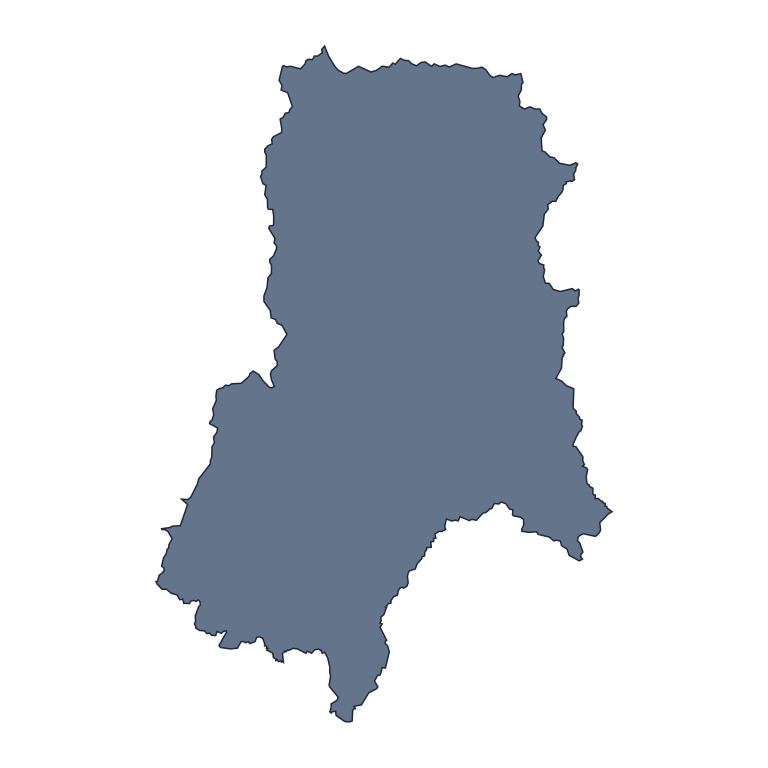 Song, Phrae, Thailand (Robinson projection)
{"feature_id": "78962969B64048827158998", "entity_name": "Song", "entity_type": "district", "adm_level": 2, "iso_a3": "THA", "parent_name": "Thailand", "parent_adm1": "Phrae", "projection": "robinson", "projection_center": [100.212, 18.562], "detail": "fine", "context": "isolated", "style": "filled", "palette": "slate", "viewbox_px": 768, "rotation_deg": 0, "n_neighbors": 0, "source": "geoboundaries", "source_scale": "gbopen_adm2", "svg_char_len": 6073}
<svg xmlns="http://www.w3.org/2000/svg" viewBox="0 0 768 768"><path d="M523.0,82.6L520.8,73.6L515.2,74.9L512.0,73.5L507.4,76.8L499.6,75.3L493.0,77.5L489.9,75.4L485.7,69.5L481.7,67.1L478.5,68.2L472.3,68.4L456.2,63.9L449.2,67.0L445.2,65.1L440.0,66.5L434.1,63.8L431.7,66.4L425.1,61.9L421.2,62.4L416.5,65.8L411.6,63.7L408.5,60.6L404.4,60.4L400.3,58.4L395.5,64.1L392.8,63.0L389.1,67.2L382.1,66.2L376.7,70.3L371.0,72.0L358.5,66.3L346.7,73.3L343.7,73.3L338.2,70.1L334.8,66.3L328.6,56.1L324.6,46.1L321.7,49.4L322.3,52.8L317.3,56.2L314.4,56.0L312.5,59.6L308.5,59.3L306.1,60.4L304.9,64.2L300.4,68.8L290.7,66.3L286.4,66.8L283.5,65.6L282.4,66.5L279.1,80.3L282.0,85.4L281.1,90.1L287.6,92.6L292.4,106.5L289.7,109.7L289.0,112.5L285.2,113.2L283.4,117.0L280.1,119.1L282.0,130.0L281.5,132.6L273.4,136.7L271.6,139.4L272.3,143.7L268.0,145.8L264.8,149.1L264.7,151.7L266.3,155.4L266.2,167.2L261.9,170.9L261.9,174.1L260.5,176.4L263.0,183.8L266.1,185.4L264.7,194.7L267.4,199.4L267.6,207.9L268.7,209.3L272.7,209.4L273.7,216.2L273.6,224.5L272.7,225.6L269.5,225.9L268.8,228.5L274.9,238.3L274.1,243.0L276.2,245.4L276.7,248.2L273.4,256.1L269.8,259.2L269.9,262.5L271.5,265.2L271.4,273.5L267.9,277.9L267.1,287.2L263.9,296.1L264.0,301.6L270.3,310.6L271.1,317.9L275.5,319.4L277.3,323.5L282.0,325.3L286.9,334.5L278.5,347.0L274.1,350.2L275.1,358.8L277.2,361.9L277.1,365.6L271.6,370.7L270.4,373.9L271.4,379.6L274.4,386.6L271.6,387.8L269.5,387.4L263.1,380.9L259.0,374.7L253.2,371.0L249.8,373.8L249.2,376.2L241.3,383.3L231.7,383.8L229.0,385.6L225.4,385.2L222.5,388.0L219.4,388.5L216.7,390.3L215.9,396.7L216.4,400.1L212.7,408.7L213.7,414.5L212.0,420.2L209.9,421.7L209.6,423.7L217.6,428.0L216.9,432.3L213.5,437.2L214.4,442.7L212.0,446.6L211.8,457.2L210.3,460.7L210.3,464.0L198.7,478.8L197.5,483.7L190.7,497.3L187.8,499.5L181.6,499.2L187.6,504.5L180.3,525.7L172.1,526.2L169.7,527.6L161.6,528.7L161.8,529.5L165.3,529.8L167.9,531.4L172.1,538.6L168.8,544.9L168.8,547.8L167.1,549.4L166.4,553.2L163.5,558.0L161.6,566.1L164.0,568.2L164.2,570.3L162.2,573.1L159.1,575.3L157.6,581.3L156.0,581.5L156.8,583.7L162.0,589.2L166.7,589.3L171.0,593.2L177.1,594.9L179.8,599.7L182.7,599.2L183.7,603.3L189.4,603.6L190.9,601.0L193.5,600.5L196.3,601.4L198.1,599.9L198.9,600.3L200.1,602.2L200.2,605.2L198.8,606.4L195.2,615.9L195.6,621.3L194.4,623.9L195.9,626.7L195.6,628.0L199.7,630.5L204.7,630.9L206.6,633.5L209.7,633.2L211.7,635.4L215.7,635.5L217.1,631.4L221.4,633.4L223.3,631.4L226.2,630.9L226.6,632.0L219.0,645.5L220.5,647.5L230.3,648.9L237.4,648.2L241.1,641.7L243.8,641.5L245.6,642.8L248.1,641.6L249.9,643.6L255.1,641.6L256.7,637.3L259.0,636.8L262.7,638.2L264.6,643.3L264.6,645.9L266.0,645.7L266.8,647.0L266.4,648.4L267.9,648.5L266.8,650.1L272.7,653.1L273.4,657.6L275.9,659.1L275.8,660.5L277.3,659.6L278.3,661.5L280.7,660.7L281.3,662.1L282.6,661.4L283.5,662.2L282.4,653.6L285.2,651.0L286.0,651.8L287.8,649.8L288.9,650.4L293.0,648.3L297.5,649.0L305.9,653.3L307.2,651.2L311.6,653.2L314.8,649.7L318.9,649.1L320.6,650.6L321.3,650.2L322.1,653.2L325.0,652.6L327.9,658.7L329.9,667.7L329.6,672.1L330.6,675.9L329.1,684.9L329.6,686.8L338.1,697.1L337.2,700.2L331.1,703.9L331.2,707.6L329.8,711.7L331.1,713.1L332.1,711.8L335.6,711.3L336.1,715.5L344.9,721.6L349.7,721.9L352.2,721.0L352.7,710.4L353.8,708.8L355.4,708.7L354.0,706.3L361.4,704.9L368.7,692.9L376.5,688.8L377.9,686.8L374.5,681.0L377.5,675.6L380.3,674.8L382.2,667.5L385.4,668.1L389.3,651.6L387.5,645.6L385.2,643.5L385.3,641.4L386.7,640.4L380.0,627.1L382.3,624.0L380.0,622.9L381.2,620.7L380.9,617.1L383.8,614.7L386.1,608.5L385.4,607.2L386.7,607.0L386.5,606.0L388.3,603.7L390.9,603.1L391.0,600.6L393.6,596.7L397.5,595.1L398.2,590.8L399.9,588.2L401.8,587.3L403.8,588.1L406.9,586.2L408.2,582.8L407.4,576.3L408.5,572.1L409.8,570.7L415.3,569.0L417.1,563.9L421.6,558.8L422.0,556.7L424.6,555.9L424.8,552.0L426.6,549.9L426.5,547.8L431.3,547.2L430.8,541.9L433.7,541.4L433.6,538.5L435.9,538.1L434.9,533.9L439.0,531.4L442.0,531.5L445.7,529.4L444.7,526.7L446.4,519.0L451.8,521.0L455.7,520.1L458.1,521.0L460.1,516.7L469.4,520.6L471.9,519.3L476.4,520.3L482.8,513.2L486.2,512.3L490.0,508.9L491.8,508.5L494.3,503.5L498.8,504.0L501.1,502.0L505.9,503.7L509.5,509.1L512.9,509.7L512.5,514.8L513.5,515.9L520.4,517.2L523.6,519.3L523.6,525.3L521.6,529.5L521.8,531.3L529.0,532.4L536.4,531.8L538.3,534.4L549.2,537.0L553.8,540.9L556.5,540.2L560.4,541.1L561.5,545.6L567.0,549.0L569.1,555.3L579.3,560.9L582.5,559.0L580.7,557.0L581.0,554.3L582.9,552.1L579.6,542.7L577.5,540.9L578.3,536.6L583.1,533.7L595.6,536.4L599.5,532.5L600.6,529.9L599.7,522.8L608.4,513.9L612.0,511.7L607.3,508.1L606.7,506.5L605.0,506.1L605.2,503.4L603.6,503.2L602.5,501.2L601.5,501.5L598.2,498.4L595.3,498.7L595.3,495.0L593.7,494.8L592.8,493.4L592.9,488.2L589.6,486.4L589.1,484.6L587.1,484.0L586.2,476.9L587.6,469.7L586.7,468.1L582.4,466.2L584.4,464.7L582.9,461.1L582.8,456.6L575.9,446.7L573.1,446.2L573.0,444.6L576.6,436.3L579.0,432.0L580.9,430.7L582.5,426.2L581.6,424.7L582.1,420.2L579.8,419.2L579.5,417.2L576.2,413.5L576.3,411.2L573.1,408.2L573.8,388.8L566.5,385.7L561.4,381.0L555.9,378.4L561.5,368.1L562.2,357.6L563.7,355.8L563.2,354.7L564.9,353.1L562.0,347.2L563.2,345.8L563.6,338.5L562.2,333.9L563.7,331.8L563.7,321.0L564.9,318.1L566.9,316.5L566.3,311.2L567.7,308.7L570.6,306.4L576.2,306.2L578.8,303.1L578.0,298.4L579.1,295.2L579.2,289.9L578.3,289.2L575.3,291.0L572.1,288.6L560.3,291.5L553.3,289.4L549.1,283.3L545.5,283.3L543.3,276.7L544.6,269.8L543.6,267.8L543.8,265.0L539.5,263.6L537.9,260.7L541.5,255.1L538.2,251.3L540.0,246.8L538.1,245.7L538.4,242.3L536.8,241.4L535.0,237.7L542.9,226.0L544.3,214.2L548.3,209.0L547.7,204.7L552.4,201.2L555.8,201.4L558.0,196.7L561.7,192.5L563.0,189.6L563.2,185.4L566.3,183.6L565.8,182.2L569.8,180.8L571.7,181.6L574.6,179.7L573.6,174.1L575.7,170.6L576.0,167.5L577.7,164.1L575.9,162.8L569.7,165.3L559.3,163.2L554.1,157.7L549.9,156.9L545.1,152.0L542.0,150.8L541.2,137.9L545.4,130.1L543.0,124.7L546.6,119.7L546.6,117.1L541.8,113.1L539.8,109.0L535.1,109.0L529.9,106.8L524.5,109.0L519.4,106.0L519.9,101.5L518.2,96.1L521.2,90.1L521.5,84.4L523.0,82.6Z" fill="#64748b" stroke="#1e293b" stroke-width="1.5"/></svg>